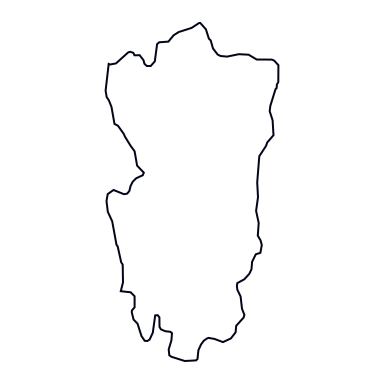 the district of San Antonio Suchitepéquez, Suchitepéquez, Guatemala
{"feature_id": "79465075B26922695910316", "entity_name": "San Antonio Suchitepéquez", "entity_type": "district", "adm_level": 2, "iso_a3": "GTM", "parent_name": "Guatemala", "parent_adm1": "Suchitepéquez", "projection": "robinson", "projection_center": [-91.412, 14.514], "detail": "fine", "context": "isolated", "style": "outline", "palette": "ink", "viewbox_px": 384, "rotation_deg": 0, "n_neighbors": 0, "source": "geoboundaries", "source_scale": "gbopen_adm2", "svg_char_len": 1706}
<svg xmlns="http://www.w3.org/2000/svg" viewBox="0 0 384 384"><path d="M199.1,23.0L191.6,27.9L178.8,32.0L173.7,35.2L168.4,41.6L159.2,42.3L157.1,44.1L154.8,61.4L150.7,66.0L146.8,66.0L144.4,63.7L143.5,60.2L139.6,55.2L134.5,55.3L133.3,52.8L130.1,51.8L128.2,52.4L116.0,63.4L110.1,64.5L108.7,63.9L105.6,90.7L106.7,97.1L109.0,100.6L111.5,107.0L114.5,123.9L118.0,125.8L123.7,133.8L125.1,136.9L130.6,145.8L134.6,151.3L137.1,165.6L143.8,172.7L142.8,175.2L136.3,178.2L132.8,181.6L130.6,185.9L130.0,188.3L129.4,190.9L127.2,193.6L124.0,194.2L113.5,190.0L107.7,194.1L106.5,201.0L107.8,211.8L112.2,221.3L116.5,244.8L117.7,246.5L121.2,262.3L122.7,264.6L123.0,282.3L120.8,291.2L130.7,292.3L134.6,296.3L134.6,307.3L131.9,310.5L131.8,312.5L133.6,319.6L137.5,323.6L141.5,336.1L144.7,340.8L147.3,341.0L149.6,339.6L152.8,332.7L155.2,315.4L157.7,315.2L159.4,317.4L159.5,326.9L160.9,329.3L165.2,331.2L170.4,331.8L172.0,333.2L171.4,340.4L168.7,349.4L169.3,355.3L171.5,356.8L184.8,361.0L196.0,360.4L197.5,359.0L198.4,350.3L201.0,344.5L203.8,340.7L205.5,339.5L206.9,338.5L208.6,337.9L214.4,338.9L223.0,342.1L230.9,338.4L235.6,332.3L236.2,325.8L243.6,317.6L244.4,314.9L242.0,308.8L240.6,296.5L237.3,289.6L236.9,285.9L237.3,283.1L244.3,279.3L249.4,273.7L251.5,269.2L252.1,261.8L255.8,254.3L260.4,252.8L261.8,245.0L260.5,240.3L257.8,235.7L258.7,223.0L256.1,210.9L258.0,197.1L257.2,182.5L259.3,156.2L266.1,145.8L267.2,142.5L273.5,135.2L272.6,120.3L269.7,111.2L270.3,106.0L275.5,89.2L276.6,88.1L276.9,84.5L278.3,82.1L278.4,65.2L274.2,60.6L271.8,59.6L256.7,59.5L248.6,54.7L238.8,54.2L227.1,56.6L220.6,56.0L217.7,54.6L213.0,48.5L210.7,40.4L208.9,38.7L205.9,29.3L200.3,23.0L199.1,23.0Z" fill="none" stroke="#020617" stroke-width="2"/></svg>